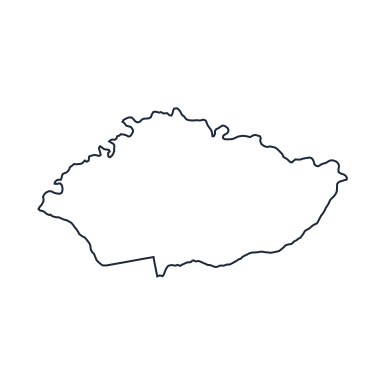 outline of Angélica, Mato Grosso do Sul, Brazil, rotated 327°
{"feature_id": "56859067B10068689760359", "entity_name": "Angélica", "entity_type": "district", "adm_level": 2, "iso_a3": "BRA", "parent_name": "Brazil", "parent_adm1": "Mato Grosso do Sul", "projection": "albers", "projection_center": [-53.859, -22.058], "detail": "fine", "context": "isolated", "style": "outline", "palette": "slate", "viewbox_px": 384, "rotation_deg": 327, "n_neighbors": 0, "source": "geoboundaries", "source_scale": "gbopen_adm2", "svg_char_len": 4798}
<svg xmlns="http://www.w3.org/2000/svg" viewBox="0 0 384 384"><g transform="rotate(327 192 192)"><path d="M226.0,118.1L225.8,115.7L225.1,113.7L222.5,112.3L220.9,113.2L219.5,114.5L217.8,116.0L216.3,116.6L214.8,115.3L214.2,112.5L210.8,110.5L209.5,108.1L207.8,107.6L206.5,106.2L204.8,104.5L203.1,103.9L200.7,105.0L198.2,106.9L195.9,106.7L193.5,105.4L191.2,104.2L189.3,104.0L186.8,104.6L185.0,104.3L183.7,103.4L182.9,101.6L182.5,98.6L182.0,96.7L179.9,95.2L178.0,94.7L176.4,94.5L173.7,94.3L171.9,95.3L172.7,96.9L172.9,98.8L173.0,100.5L174.5,102.3L176.1,104.0L176.3,106.0L176.2,107.9L175.3,109.3L173.9,110.2L172.4,110.9L170.7,111.5L168.8,110.8L167.9,108.8L166.7,107.3L163.9,104.8L161.6,105.1L159.6,104.5L157.8,106.0L155.7,106.2L154.2,104.9L152.8,104.2L150.1,104.4L151.0,106.4L152.2,108.5L152.4,110.0L151.7,111.6L150.1,113.4L149.1,115.3L146.4,117.2L144.3,118.0L142.1,118.2L141.2,116.6L142.1,114.9L143.1,113.4L145.0,113.2L145.3,111.6L144.0,110.3L142.5,109.1L141.4,107.7L140.7,105.6L139.9,103.6L138.4,104.0L137.4,105.6L136.6,108.7L135.5,111.2L133.6,111.1L132.6,110.0L131.4,108.6L129.7,107.5L127.7,106.8L125.1,106.2L123.9,107.6L122.4,109.4L120.2,109.3L119.3,107.2L117.6,107.6L116.0,108.1L113.7,107.7L111.8,106.6L109.9,105.7L108.4,104.3L106.6,104.5L104.9,104.6L102.9,104.8L101.6,106.0L99.3,107.0L96.9,107.2L95.0,106.7L93.2,106.6L91.6,107.8L90.2,109.2L88.7,110.3L86.3,108.7L84.6,108.5L82.3,109.1L81.3,110.2L83.0,111.6L84.6,112.2L86.2,113.1L86.5,115.1L86.0,117.2L84.7,119.5L83.5,120.8L82.2,121.7L80.0,121.4L77.6,119.4L75.8,117.4L75.0,115.8L74.0,114.5L72.4,113.4L69.7,113.0L67.7,113.2L65.8,114.1L64.3,115.0L63.9,116.7L62.5,118.7L60.5,120.0L58.5,121.0L56.4,121.4L54.0,122.7L54.4,124.6L56.2,126.4L57.4,128.4L58.1,131.1L59.6,133.4L61.0,133.9L61.7,136.3L64.4,139.3L66.3,140.5L67.4,142.1L69.3,145.0L70.6,146.5L71.8,147.8L72.6,149.5L73.5,151.0L74.1,152.5L74.4,155.3L74.4,157.6L74.8,160.8L74.8,162.4L74.8,164.0L74.5,165.7L75.1,167.4L75.6,168.9L77.4,172.0L77.9,177.2L77.9,179.9L77.6,181.5L76.6,183.4L75.7,185.7L75.5,188.1L76.1,190.1L75.7,192.8L75.2,195.1L74.9,197.4L75.4,200.1L76.1,202.2L76.8,204.6L79.8,206.8L97.5,214.3L115.0,221.6L124.3,225.6L123.2,228.2L121.4,232.5L116.9,243.9L119.6,244.4L121.5,246.6L123.7,245.7L125.6,244.2L128.6,242.2L130.3,241.5L131.8,241.0L133.6,241.5L135.4,242.4L136.8,243.7L138.0,244.7L140.2,245.3L141.8,247.5L143.6,247.5L145.5,247.8L148.1,248.1L149.7,248.5L151.1,249.3L152.7,250.1L154.6,249.8L156.0,250.1L157.2,252.2L159.9,253.4L161.3,255.2L162.6,257.3L164.1,259.5L165.5,261.8L167.2,263.0L168.6,264.8L169.8,266.6L171.3,268.0L172.9,268.6L175.2,268.9L176.7,269.8L178.2,270.9L180.2,271.5L182.0,271.9L183.7,273.2L185.4,273.5L187.6,273.7L190.5,273.9L192.5,274.0L194.7,273.9L196.5,274.5L198.0,274.1L199.5,273.9L201.4,274.1L203.8,274.4L206.3,274.6L208.9,275.3L210.6,276.2L214.3,278.3L217.0,279.4L219.0,280.8L220.3,282.1L222.6,283.9L224.8,285.8L227.8,287.1L230.0,287.9L231.6,288.5L233.1,289.0L234.8,288.7L236.3,288.7L237.8,288.4L239.4,288.2L241.6,287.7L243.7,288.3L245.2,288.9L247.0,289.7L248.7,289.6L250.1,289.1L251.9,289.2L253.5,289.4L255.7,289.1L258.1,289.4L259.7,288.7L261.4,288.2L263.4,287.3L265.2,286.3L267.2,286.1L268.8,286.4L270.9,286.4L273.4,286.0L275.0,285.9L276.7,285.9L279.7,286.4L282.2,285.1L284.2,283.9L285.7,283.2L287.5,282.1L290.4,281.2L293.8,279.4L295.8,278.1L297.3,277.5L299.5,276.5L301.4,275.4L303.1,274.2L305.1,273.5L307.4,273.2L309.9,272.5L312.1,271.5L313.4,270.6L314.6,269.3L316.1,267.2L317.1,265.7L318.1,264.4L319.8,263.7L322.0,263.8L324.0,264.5L326.5,265.1L328.5,265.9L329.7,264.3L329.7,262.2L328.9,260.0L327.0,257.8L325.8,255.2L327.1,252.8L328.9,251.0L330.0,249.0L330.0,246.7L329.4,244.8L327.8,242.6L326.1,241.3L324.6,240.7L322.8,240.6L320.5,240.5L318.2,239.9L316.1,239.3L313.7,239.3L311.9,239.1L310.5,238.0L309.7,235.4L310.5,233.5L311.0,230.7L310.7,228.7L309.6,227.3L307.7,226.4L305.2,225.3L303.1,224.4L301.6,224.1L300.2,223.6L298.3,222.4L296.5,221.0L294.1,221.2L291.9,221.6L290.7,220.4L290.3,218.7L289.7,216.2L287.8,212.5L288.4,209.3L287.6,205.5L286.8,202.0L285.9,200.0L284.8,198.8L283.7,197.7L282.4,196.3L279.9,195.4L277.9,193.4L277.0,191.6L276.3,189.4L277.1,186.1L278.9,184.4L279.4,182.4L278.2,180.8L276.3,178.8L274.6,177.9L272.1,177.7L270.5,177.5L269.2,176.1L267.1,174.0L265.0,172.4L262.5,171.3L260.7,170.6L258.6,170.3L256.4,170.0L254.6,169.5L252.8,168.6L250.7,167.3L249.2,166.3L247.9,165.2L247.4,163.3L249.2,161.7L251.8,161.8L253.6,161.9L255.3,161.1L256.6,159.3L256.7,157.6L255.3,154.2L253.6,152.8L250.6,152.8L249.0,152.9L246.7,152.5L244.7,153.2L242.9,155.8L240.7,157.1L239.5,156.3L241.1,153.3L241.8,150.4L241.5,146.3L241.5,144.3L242.1,141.7L242.4,139.6L241.2,137.7L239.6,137.1L238.1,136.6L236.7,135.7L234.9,134.2L232.4,133.0L231.0,132.0L229.1,130.6L227.5,129.0L226.6,126.9L226.6,124.6L225.6,121.9L226.0,118.1Z" fill="none" stroke="#1e293b" stroke-width="2"/></g></svg>